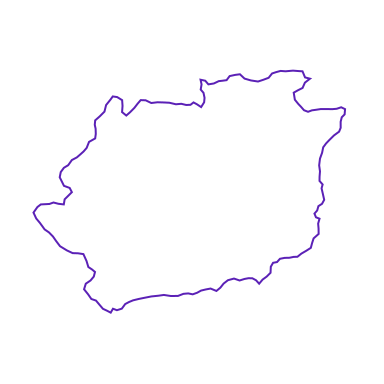 the district of Silvianópolis, Minas Gerais, Brazil, rotated 175°
{"feature_id": "56859067B54636857626942", "entity_name": "Silvianópolis", "entity_type": "district", "adm_level": 2, "iso_a3": "BRA", "parent_name": "Brazil", "parent_adm1": "Minas Gerais", "projection": "orthographic", "projection_center": [-45.809, -22.036], "detail": "fine", "context": "isolated", "style": "outline", "palette": "violet", "viewbox_px": 384, "rotation_deg": 175, "n_neighbors": 0, "source": "geoboundaries", "source_scale": "gbopen_adm2", "svg_char_len": 2472}
<svg xmlns="http://www.w3.org/2000/svg" viewBox="0 0 384 384"><g transform="rotate(175 192 192)"><path d="M303.1,132.5L301.8,126.3L298.3,123.5L295.6,120.8L297.2,116.3L300.8,112.7L305.8,109.9L308.0,104.5L304.4,99.1L301.6,94.2L297.1,92.2L294.1,87.9L290.9,83.4L287.1,81.2L283.5,78.9L280.9,82.6L277.1,80.8L272.1,81.9L268.3,86.2L264.3,87.9L260.2,89.2L254.3,90.1L248.1,90.8L241.6,91.5L234.6,91.6L229.0,91.9L222.0,90.2L215.0,89.7L209.4,91.3L204.6,91.3L200.2,90.0L195.6,91.2L191.6,93.0L186.9,93.7L181.9,94.2L176.3,91.3L172.1,94.2L168.5,98.0L163.9,101.0L157.7,102.1L152.3,99.7L147.3,100.8L143.3,101.2L139.4,100.8L135.9,98.5L133.1,94.8L129.3,98.6L125.0,101.2L120.8,104.7L120.0,110.7L117.4,114.4L113.4,114.8L110.2,117.8L105.4,118.3L100.6,118.0L96.4,118.5L92.6,118.3L88.4,121.1L83.3,123.5L78.5,126.0L76.8,130.7L74.9,135.2L69.5,139.2L69.1,144.7L69.1,149.5L67.3,154.3L70.7,156.0L71.9,159.8L68.9,162.7L67.3,166.9L63.5,168.9L61.0,172.7L61.9,179.4L62.6,184.4L61.2,188.1L64.0,191.9L63.6,196.0L62.7,201.4L63.0,207.5L61.6,214.1L59.0,219.7L57.4,225.1L54.2,228.7L50.8,231.7L45.6,236.0L40.2,239.3L38.3,243.0L37.8,249.0L36.3,253.4L33.2,256.0L32.3,261.2L36.0,263.4L40.6,262.3L44.7,262.3L50.9,262.9L56.6,263.4L61.2,263.1L65.4,262.9L69.4,261.8L73.3,263.7L76.0,267.4L78.4,270.4L81.5,275.0L82.0,282.1L77.4,284.2L72.8,286.0L70.0,291.1L64.6,294.6L69.4,296.3L71.4,302.6L75.4,303.2L80.8,304.1L88.3,304.1L93.2,304.9L97.7,304.1L101.9,303.1L105.7,299.1L111.1,297.6L116.6,296.3L123.6,298.0L129.8,300.4L134.0,305.1L138.8,304.9L144.4,304.2L147.8,300.4L152.0,300.2L155.7,300.1L160.8,298.2L166.3,297.8L169.1,301.7L173.7,303.1L173.1,298.4L174.4,293.3L171.9,289.8L171.3,284.7L172.1,280.3L175.5,275.8L179.5,279.0L182.7,281.1L185.9,279.0L190.2,279.2L195.0,280.8L200.4,280.8L206.8,282.9L212.6,283.7L218.6,284.4L224.8,284.2L230.2,287.4L235.1,288.0L238.5,284.7L242.1,280.8L246.7,276.9L250.8,273.9L254.7,277.7L253.7,283.8L253.6,289.6L258.3,293.1L262.6,294.1L265.2,291.1L270.0,286.1L272.2,279.7L277.3,275.4L282.2,271.8L283.0,267.4L282.5,263.4L282.8,258.2L283.8,253.8L290.2,250.9L293.1,245.1L296.5,241.8L300.1,239.1L303.7,236.5L308.9,234.3L313.0,229.5L317.5,227.3L321.0,223.3L322.5,218.2L319.0,209.3L313.5,206.7L311.7,202.3L319.5,195.8L320.8,190.8L326.1,191.9L330.9,193.6L335.1,192.5L343.7,192.8L347.3,190.5L351.7,185.3L349.5,179.2L346.1,174.3L342.1,167.6L338.0,164.2L334.4,159.8L331.7,155.1L328.2,149.5L321.7,144.7L316.2,141.5L311.0,140.9L305.6,139.6L303.1,132.5Z" fill="none" stroke="#5b21b6" stroke-width="2"/></g></svg>